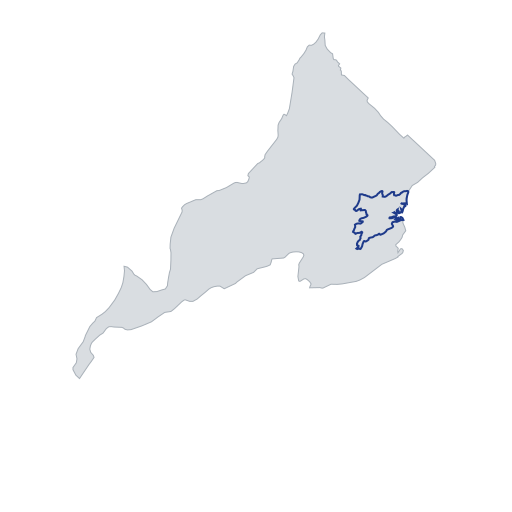 where Littoral sits in Cameroon, rotated 223°
{"feature_id": "CMR-1476", "entity_name": "Littoral", "entity_type": "Province", "adm_level": 1, "iso_a3": "CMR", "parent_name": "Cameroon", "parent_adm1": "", "projection": "equal_earth", "projection_center": [10.043, 4.313], "detail": "fine", "context": "in_parent", "style": "outline", "palette": "blue", "viewbox_px": 512, "rotation_deg": 223, "n_neighbors": 0, "source": "natural_earth", "source_scale": "10m", "svg_char_len": 9167}
<svg xmlns="http://www.w3.org/2000/svg" viewBox="0 0 512 512"><g transform="rotate(223 256 256)"><path d="M151.5,352.1L152.4,349.2L158.3,335.8L162.0,314.2L163.7,309.2L165.4,305.8L174.0,294.3L177.2,290.7L181.9,286.5L185.2,278.1L186.3,277.2L187.7,276.5L195.1,269.3L195.8,270.7L196.3,272.4L196.8,273.2L199.2,273.8L202.5,273.7L204.4,273.2L205.4,271.8L206.4,267.8L207.0,267.1L207.8,266.9L211.4,269.6L217.3,277.5L218.8,278.8L219.5,280.4L220.8,287.5L221.5,289.2L222.8,289.9L225.1,289.5L227.5,288.2L229.6,286.4L231.7,284.1L233.1,281.9L233.7,280.4L234.0,274.6L234.5,273.3L242.2,264.9L242.0,264.1L240.7,261.8L239.6,259.2L240.7,256.5L241.9,254.4L246.4,247.5L246.6,242.4L250.2,234.5L252.2,224.0L252.3,221.9L256.9,210.4L261.8,209.4L263.7,207.7L265.8,204.9L267.2,202.2L267.9,199.7L268.4,194.8L269.2,189.2L269.7,184.4L271.2,179.8L273.6,177.6L277.9,175.7L278.5,174.8L279.1,171.8L279.7,161.8L280.4,157.4L284.3,152.5L286.1,144.7L287.6,136.5L292.0,126.7L297.2,116.9L299.6,114.3L301.7,113.1L304.0,112.9L305.6,112.2L311.3,107.3L313.6,105.7L315.3,104.0L315.7,102.5L315.9,100.4L315.3,95.3L316.3,91.6L316.8,85.9L317.0,81.4L316.8,79.9L315.8,77.3L314.0,74.5L311.2,72.8L307.3,72.4L305.3,71.4L304.5,66.2L304.2,63.0L301.5,46.0L306.4,46.0L312.3,48.0L313.8,49.6L314.6,55.4L316.8,58.7L320.6,61.4L322.9,67.0L323.9,75.5L326.0,80.6L326.5,81.4L329.4,91.1L329.6,95.5L329.4,98.5L330.6,102.2L328.9,108.5L328.3,112.4L328.2,117.9L329.3,127.5L331.1,134.9L333.0,141.0L335.1,145.6L338.5,150.8L342.1,155.5L345.5,158.5L342.4,160.2L336.4,160.4L332.9,159.4L331.3,159.4L329.6,160.0L323.2,160.9L316.7,160.5L310.6,159.3L307.0,159.5L304.2,162.4L301.9,166.7L299.8,170.1L300.5,173.9L302.2,176.0L305.3,180.6L308.1,185.0L309.5,188.0L315.1,194.6L320.5,200.5L323.1,202.5L324.0,202.9L327.0,206.3L331.1,211.8L334.8,220.5L340.1,237.8L341.3,239.2L343.1,240.2L343.3,242.0L343.2,244.7L342.6,246.9L338.5,256.0L334.8,259.5L333.8,261.6L332.4,266.9L329.1,277.2L327.7,278.6L324.4,285.6L321.8,294.4L321.1,295.8L320.0,296.9L316.2,299.1L314.9,300.1L312.9,302.9L312.7,304.7L313.6,307.2L314.7,309.2L316.7,309.2L317.8,311.1L317.8,324.8L316.9,326.8L316.9,327.7L316.5,330.1L316.4,332.7L316.6,333.8L317.4,334.6L318.5,336.4L319.1,340.6L320.4,355.4L321.0,357.8L322.1,359.4L325.5,362.6L329.1,366.8L330.2,369.5L330.9,374.0L332.2,377.5L332.2,378.7L331.6,379.1L329.4,379.4L330.2,382.0L332.0,386.4L341.1,400.1L349.8,412.3L351.9,413.2L353.4,413.5L354.0,414.2L354.8,416.0L357.8,420.4L358.3,423.0L357.6,425.4L358.3,429.2L358.8,430.6L358.7,431.9L359.0,436.5L359.8,440.6L361.1,444.0L360.9,446.5L359.2,447.8L358.3,450.1L358.0,453.2L358.5,457.1L359.8,461.6L359.8,464.3L357.7,466.0L355.4,462.9L352.8,460.8L349.0,457.2L345.1,455.9L340.1,455.6L337.9,456.1L334.2,453.1L333.0,452.7L331.3,454.0L330.2,454.0L328.8,453.5L325.9,453.6L325.6,451.5L325.1,451.1L322.1,451.3L321.1,449.5L320.7,449.7L319.5,449.2L317.0,446.7L314.4,448.3L309.0,448.1L281.7,448.1L281.0,445.7L279.7,444.6L277.2,444.4L270.0,444.9L264.4,444.5L260.7,443.6L256.1,443.1L250.4,443.5L244.5,443.5L234.0,442.9L228.2,443.0L228.4,444.4L228.0,445.4L227.7,447.8L190.6,447.8L187.6,446.2L186.7,445.1L186.4,443.0L185.7,442.8L186.3,434.1L187.5,426.8L188.0,420.1L189.8,414.1L188.8,408.2L187.8,405.6L182.2,397.1L184.7,393.9L181.4,394.4L180.6,391.3L179.0,387.5L180.0,386.9L181.0,384.8L184.0,385.5L183.9,384.5L181.3,381.3L181.5,379.7L182.6,377.9L182.1,377.2L180.2,379.0L178.8,379.0L177.8,377.8L177.0,377.6L177.5,380.0L176.4,382.2L175.4,382.9L173.7,382.8L172.3,382.2L171.9,381.0L170.6,380.1L166.8,378.5L163.7,376.6L163.1,371.5L161.9,369.3L161.4,366.8L161.1,363.9L161.5,359.6L160.7,358.9L159.8,358.6L158.4,358.8L157.2,358.6L155.7,356.2L154.4,355.2L155.2,359.7L154.3,360.9L152.1,360.6L151.1,358.9L150.9,357.6L151.9,352.2L151.5,352.1Z" fill="#d9dde1" stroke="#a8b0b8" stroke-width="1"/><path d="M189.2,407.1L188.8,407.0L188.5,406.9L188.3,406.7L188.1,406.5L187.9,406.1L187.2,404.3L185.2,400.9L184.0,399.5L181.3,397.1L182.0,396.9L182.6,396.5L184.9,394.1L185.5,393.8L186.2,393.8L185.3,393.5L184.6,393.9L183.9,394.5L183.1,394.8L181.2,395.0L180.9,394.8L180.8,394.4L180.9,393.9L181.4,393.5L180.5,390.9L179.2,388.5L178.9,387.6L178.7,386.7L179.4,387.6L179.6,387.7L179.7,387.9L179.9,388.7L180.0,389.0L180.4,389.2L180.9,389.3L181.9,389.3L181.6,389.1L180.8,388.7L180.5,388.5L180.4,388.4L180.3,388.2L180.1,387.8L179.9,387.1L180.0,386.1L180.3,385.2L180.8,384.7L181.8,385.9L182.4,386.1L182.7,385.2L183.6,385.8L183.9,386.2L184.2,386.7L184.3,386.3L184.3,385.9L184.2,385.5L184.0,385.2L184.4,385.2L183.1,384.6L182.5,384.1L182.3,383.4L182.6,382.9L183.4,382.6L184.1,382.4L184.7,382.4L184.7,382.2L184.5,381.9L184.7,381.6L182.0,382.2L181.1,382.1L180.7,381.5L180.8,380.6L181.3,379.7L181.8,379.3L182.3,378.8L183.5,376.4L184.3,375.8L184.4,375.6L184.5,375.2L184.4,375.0L184.0,375.3L183.5,375.8L183.2,376.1L183.0,376.6L182.9,376.6L182.9,375.8L182.4,376.3L181.5,378.1L181.0,378.9L180.4,379.3L179.6,379.6L179.1,379.4L179.1,378.6L178.7,379.1L178.2,378.7L177.7,378.0L177.4,377.2L177.6,376.3L177.5,376.2L177.9,376.0L178.1,375.7L178.4,375.0L178.6,374.6L179.0,374.2L179.2,373.9L179.1,373.5L178.9,372.7L178.7,372.3L178.3,372.0L176.4,371.5L175.8,371.0L175.8,370.1L176.0,369.0L177.9,365.0L178.1,364.2L177.8,363.2L177.7,362.6L177.9,360.5L178.1,359.5L179.0,357.4L179.4,356.6L179.6,356.3L180.2,356.3L180.6,356.4L180.8,356.4L181.1,356.3L181.3,355.9L181.4,354.7L182.2,353.2L182.9,352.4L183.2,351.5L183.2,350.6L183.3,350.2L183.4,349.6L183.7,349.0L184.6,347.9L185.1,347.0L185.4,346.7L185.5,346.3L185.6,345.9L185.0,345.0L184.8,344.5L184.9,344.0L185.1,343.1L185.4,341.9L185.9,341.2L186.9,340.9L187.2,340.5L187.1,339.8L186.5,338.2L186.2,337.4L185.1,335.6L184.7,334.2L184.4,332.8L184.4,332.4L184.6,332.1L184.8,332.0L185.1,332.0L185.4,331.9L185.7,331.7L186.7,330.1L187.6,329.9L187.4,332.6L187.9,333.4L188.2,333.4L188.4,333.3L188.7,333.0L189.0,332.8L189.3,332.7L189.6,332.9L190.5,333.8L190.7,334.1L190.8,334.4L190.9,335.0L191.3,335.9L191.3,337.5L191.0,338.3L191.1,338.5L191.3,339.1L191.5,339.8L191.6,340.2L191.7,340.4L192.8,341.1L192.9,341.3L193.0,341.7L193.1,342.6L193.2,343.0L193.3,343.3L193.6,343.6L194.1,344.2L194.2,345.4L194.5,345.8L194.8,345.8L195.0,345.8L195.1,345.7L195.3,345.7L196.0,343.7L196.2,343.4L196.4,343.1L197.4,342.2L197.7,341.7L197.9,341.2L198.1,340.7L198.3,340.1L198.6,340.0L198.9,340.1L199.2,340.2L199.5,340.3L199.8,340.3L200.4,340.0L200.7,339.9L201.5,339.8L201.8,340.4L202.0,341.7L202.3,342.3L202.6,343.0L203.1,344.7L203.4,345.1L204.0,345.5L204.3,345.9L204.5,346.1L205.0,346.4L204.5,348.1L203.9,349.0L203.0,350.0L201.8,350.8L201.6,351.1L201.4,351.8L201.2,353.8L201.4,354.0L201.6,354.1L203.0,353.0L203.9,352.4L204.5,352.2L204.8,352.8L204.9,353.3L205.0,353.8L205.0,354.2L204.8,354.8L204.7,355.2L204.5,355.6L203.3,357.3L202.3,359.6L202.1,360.3L202.0,360.9L202.0,361.2L202.0,361.5L202.2,361.8L202.4,361.9L202.7,361.9L203.1,361.8L203.4,361.7L203.7,361.9L204.2,362.4L204.5,362.6L205.0,362.7L205.4,362.9L205.7,363.2L206.0,363.5L206.3,363.8L207.4,364.0L207.7,363.9L208.1,363.6L209.2,362.2L209.7,361.9L210.0,361.5L210.1,361.3L210.3,361.0L210.6,360.7L210.8,360.8L210.9,361.1L211.0,361.5L211.2,361.9L211.6,362.1L212.4,361.0L212.8,360.1L213.0,358.2L213.2,357.6L213.4,357.3L213.7,357.1L214.1,357.0L214.4,357.1L214.7,357.3L215.0,357.3L215.2,357.2L215.8,356.9L216.1,356.9L216.3,356.9L216.5,357.1L216.6,358.1L216.5,361.6L217.4,364.7L218.7,367.8L221.6,371.2L221.7,371.4L222.0,371.9L221.3,372.7L220.5,373.5L220.2,373.7L220.0,373.8L218.5,374.3L218.2,374.6L217.8,375.0L217.4,374.9L216.3,375.6L215.0,375.9L214.1,376.6L213.5,376.8L212.9,376.8L212.6,376.8L212.4,376.9L212.2,377.1L211.7,377.3L211.2,377.7L211.0,377.8L210.8,378.3L210.4,379.0L210.2,379.7L209.6,381.1L209.3,381.9L209.1,382.6L209.1,383.0L209.3,384.0L209.3,384.5L209.3,384.8L209.0,386.2L209.1,387.2L208.8,388.3L208.6,388.8L208.4,389.2L208.1,389.5L207.8,389.6L207.5,389.5L207.3,389.2L206.8,388.3L206.5,387.9L206.1,387.6L205.2,387.2L204.9,387.1L204.7,386.9L204.5,386.6L204.3,386.4L203.9,385.9L202.4,386.9L201.8,387.7L201.5,388.6L201.4,389.1L201.2,390.8L200.6,392.9L200.5,393.5L200.4,395.2L200.3,395.4L200.2,395.5L199.8,395.8L199.1,396.6L198.8,396.8L198.7,396.9L198.4,396.9L198.2,396.7L197.8,395.8L197.3,395.3L196.8,394.9L196.4,394.7L196.3,394.8L196.1,395.0L195.9,395.2L195.2,395.3L194.9,395.5L194.7,395.6L194.5,395.9L194.4,396.1L194.3,396.3L194.2,396.6L193.8,397.4L193.6,397.7L193.1,398.2L193.0,398.3L193.0,398.5L192.9,399.1L192.8,399.8L192.9,400.3L193.0,400.8L193.0,401.1L192.9,401.2L192.8,401.3L192.6,401.7L192.6,401.8L192.5,402.0L192.6,402.3L192.6,402.5L191.9,404.3L191.8,404.5L191.6,404.7L190.9,405.3L190.6,405.6L190.3,406.0L190.1,406.4L189.9,406.6L189.7,406.8L189.2,407.1L189.2,407.1ZM176.2,377.2L176.3,377.4L176.5,377.5L177.0,377.8L177.0,378.0L177.3,378.9L177.6,379.3L178.1,379.8L178.3,380.4L178.0,381.1L177.6,380.9L177.4,380.9L177.2,380.7L176.8,380.4L176.5,379.6L176.3,379.4L176.2,379.3L176.1,379.2L176.1,378.9L175.7,378.9L175.5,379.1L175.4,379.3L175.3,379.7L176.1,380.3L176.3,380.6L176.3,381.1L176.3,381.4L176.1,381.7L176.1,382.3L176.2,382.5L176.6,382.9L176.8,383.1L176.5,383.4L176.0,383.5L175.0,383.7L174.5,383.6L173.6,383.2L173.2,383.1L172.8,382.9L173.7,381.8L174.2,381.4L174.5,381.3L174.6,381.2L174.7,380.7L175.0,379.8L176.1,377.3L176.2,377.2Z" fill="none" stroke="#1e3a8a" stroke-width="2"/></g></svg>